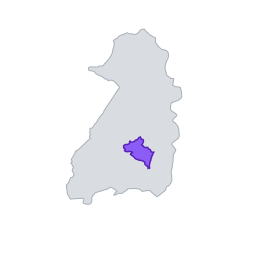 Burkina Faso, with Sanmatenga highlighted, rotated 124°
{"feature_id": "BFA-2825", "entity_name": "Sanmatenga", "entity_type": "Province", "adm_level": 1, "iso_a3": "BFA", "parent_name": "Burkina Faso", "parent_adm1": "", "projection": "orthographic", "projection_center": [-1.043, 13.248], "detail": "fine", "context": "in_parent", "style": "filled", "palette": "violet", "viewbox_px": 256, "rotation_deg": 124, "n_neighbors": 0, "source": "natural_earth", "source_scale": "10m", "svg_char_len": 4482}
<svg xmlns="http://www.w3.org/2000/svg" viewBox="0 0 256 256"><g transform="rotate(124 128 128)"><path d="M185.1,157.5L179.2,157.8L177.0,158.4L175.7,158.4L175.7,157.9L175.5,157.6L168.0,155.8L162.7,154.7L157.4,153.5L157.1,154.7L156.4,155.4L155.2,155.5L154.4,155.3L153.9,156.2L153.0,157.3L151.8,157.9L150.6,158.6L149.9,159.2L149.4,159.2L148.2,157.7L146.5,157.6L143.5,157.8L142.2,157.4L140.3,157.3L135.9,157.6L128.9,156.9L127.7,157.3L127.4,157.5L120.5,157.6L112.9,157.6L106.5,157.7L100.9,157.7L100.9,157.4L99.1,157.4L98.9,157.9L97.3,163.7L97.1,166.9L97.9,168.9L98.8,170.1L99.9,170.7L100.0,171.4L99.1,172.3L99.2,173.2L100.2,174.2L100.4,175.2L99.9,176.3L100.0,178.9L100.8,182.9L100.8,185.6L100.1,186.8L100.4,188.8L101.8,191.8L102.0,193.0L101.5,193.6L100.3,194.3L99.2,194.3L97.8,192.5L97.2,191.7L96.2,189.9L95.2,188.1L94.0,187.3L92.8,186.6L91.3,184.3L89.8,183.2L88.3,183.5L86.1,183.0L81.6,182.4L76.7,182.6L74.7,183.0L72.7,183.9L67.7,185.6L65.7,186.5L64.1,188.8L62.4,188.7L60.7,187.9L59.7,186.9L57.4,187.1L55.2,186.0L53.0,184.0L51.5,183.3L49.5,181.9L49.0,179.1L47.7,177.2L46.6,174.5L44.8,173.3L42.8,172.6L40.1,172.7L38.3,171.6L36.9,170.0L37.3,168.7L37.9,166.8L38.0,164.9L38.5,162.0L38.3,158.2L37.8,155.6L39.4,154.5L41.1,153.6L42.3,151.8L43.5,147.9L44.0,144.4L43.7,143.1L43.1,142.1L42.6,140.6L42.4,138.8L42.8,137.2L44.1,135.8L45.8,134.6L47.0,134.0L50.1,133.5L54.1,132.6L56.3,131.6L58.0,130.6L58.9,129.8L59.9,128.1L61.4,126.8L62.6,125.5L62.8,121.9L62.8,119.8L62.0,118.7L61.5,117.7L67.4,114.9L67.4,112.9L66.7,110.6L65.5,108.8L65.1,107.2L66.8,105.4L68.2,104.0L69.3,102.9L71.6,101.1L73.9,100.7L76.1,101.4L82.4,105.7L83.5,105.9L84.8,105.6L86.5,104.5L88.6,103.7L89.5,100.9L89.4,96.7L89.9,94.8L91.1,94.5L94.7,95.3L95.7,95.4L96.7,95.1L97.5,94.4L97.5,93.1L97.3,91.9L98.5,88.0L100.7,85.2L105.1,81.6L106.5,80.9L108.1,80.5L115.9,83.0L117.2,82.4L119.1,76.3L121.2,75.7L123.8,75.6L125.5,75.1L126.3,74.6L130.0,72.3L136.6,69.1L140.1,67.8L140.8,67.3L143.3,65.0L146.7,62.4L148.8,61.9L151.8,61.7L153.6,62.1L154.1,62.8L154.8,63.2L158.6,62.1L164.1,63.8L168.9,65.5L168.6,66.6L168.6,68.6L168.2,71.6L167.7,75.3L169.7,77.6L172.1,80.2L172.7,81.2L172.1,83.7L172.6,85.1L173.8,87.6L176.0,90.7L178.2,93.9L179.7,94.3L181.2,94.5L182.0,95.1L183.3,95.6L184.6,96.0L185.7,96.7L186.4,97.4L187.4,99.3L189.8,100.6L191.6,101.9L190.9,102.5L188.7,102.3L186.7,101.8L186.5,102.7L186.4,106.3L186.7,109.3L187.2,109.7L189.3,110.3L194.1,114.2L198.6,117.8L200.1,118.8L202.5,119.1L205.2,119.2L206.4,118.9L209.0,117.0L210.4,116.8L211.7,116.8L212.4,117.1L213.7,118.6L214.9,120.9L215.2,122.6L215.1,123.5L214.7,123.8L212.6,124.3L211.7,124.7L211.4,125.2L211.8,126.3L212.2,127.0L214.6,130.3L218.1,134.7L219.1,135.9L218.6,137.2L216.9,140.7L215.6,142.2L209.9,147.2L207.0,146.7L201.1,147.8L200.2,146.6L198.9,146.5L197.1,146.7L196.5,147.1L196.3,147.6L195.7,148.3L194.7,150.3L193.8,150.8L192.8,151.1L191.5,151.1L190.7,151.4L190.7,152.3L190.5,153.2L189.6,153.6L189.3,154.6L189.3,155.5L188.8,155.9L187.7,155.7L187.0,155.4L186.4,156.7L185.7,157.5L185.1,157.5Z" fill="#d9dde1" stroke="#a8b0b8" stroke-width="1"/><path d="M148.8,118.1L148.2,118.0L147.3,118.2L147.0,118.7L147.1,119.5L147.1,120.1L146.4,120.8L145.5,121.4L144.9,121.7L144.3,121.5L143.1,120.8L141.6,118.9L140.6,118.4L139.6,118.4L139.2,118.4L138.9,118.2L138.7,118.2L138.5,118.3L138.4,118.4L138.4,118.7L138.4,119.0L138.2,119.2L137.7,118.9L137.9,118.6L138.1,118.4L138.3,118.2L138.2,117.9L137.9,117.7L137.8,117.4L137.3,116.5L136.3,115.7L135.2,115.2L134.0,114.9L133.3,114.7L133.0,114.2L132.7,113.8L132.3,113.8L131.6,113.7L130.7,113.6L130.1,113.7L129.6,113.4L129.0,113.0L128.6,112.8L128.8,112.6L129.1,111.7L129.8,110.6L129.7,110.2L129.3,109.4L129.3,108.7L130.1,107.9L131.4,107.4L132.7,107.2L133.6,107.2L134.4,107.3L134.5,106.7L134.3,105.7L134.4,105.1L134.8,104.4L134.9,103.8L134.3,102.5L133.5,101.5L133.1,100.6L133.7,99.8L133.9,98.9L133.6,97.9L133.6,97.3L133.9,96.9L134.3,96.2L134.7,95.2L134.5,94.4L133.7,93.1L134.6,93.1L135.6,92.8L136.6,92.6L137.8,92.6L139.5,91.9L140.1,92.0L141.7,91.2L144.6,90.5L147.9,88.9L149.1,87.7L149.4,87.7L149.5,87.9L149.7,88.3L150.0,88.7L150.2,88.8L149.1,89.7L148.9,90.5L149.0,91.8L148.7,93.3L148.3,94.1L147.8,94.3L147.2,94.7L147.0,95.4L147.0,96.8L147.6,99.3L148.0,100.0L148.4,100.4L148.7,102.0L149.0,103.2L149.3,104.5L149.1,105.8L148.7,107.1L148.5,108.6L148.7,110.0L148.6,110.8L148.3,111.3L147.7,111.4L146.1,110.5L145.7,110.6L145.6,110.9L145.7,111.6L146.2,112.9L147.1,114.3L148.1,115.4L148.7,116.6L148.8,118.1Z" fill="#8b5cf6" stroke="#5b21b6" stroke-width="1.5"/></g></svg>